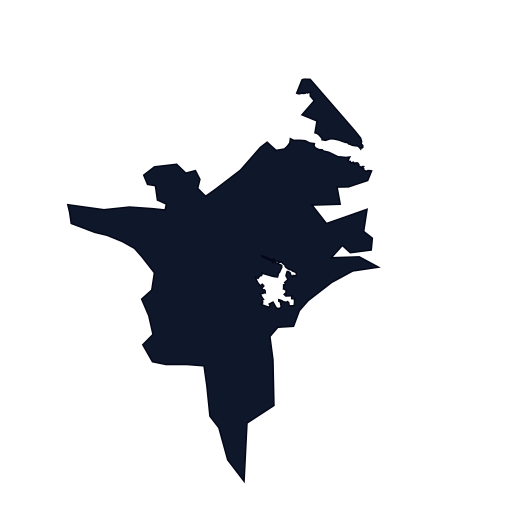 Urtachirchik, Tashkent, Uzbekistan, rotated 49°
{"feature_id": "79887680B65075786438492", "entity_name": "Urtachirchik", "entity_type": "district", "adm_level": 2, "iso_a3": "UZB", "parent_name": "Uzbekistan", "parent_adm1": "Tashkent", "projection": "robinson", "projection_center": [69.308, 41.051], "detail": "fine", "context": "isolated", "style": "filled", "palette": "ink", "viewbox_px": 512, "rotation_deg": 49, "n_neighbors": 0, "source": "geoboundaries", "source_scale": "gbopen_adm2", "svg_char_len": 3551}
<svg xmlns="http://www.w3.org/2000/svg" viewBox="0 0 512 512"><g transform="rotate(49 256 256)"><path d="M344.8,170.9L324.4,178.6L306.7,200.3L304.7,183.9L315.4,182.7L327.1,165.1L318.9,156.5L308.1,158.6L293.6,141.5L277.7,181.5L254.4,180.3L272.2,158.5L257.2,149.6L264.5,140.9L272.3,122.2L267.6,112.9L265.8,114.5L264.7,115.9L264.7,117.1L261.8,118.4L260.6,117.3L259.2,118.1L259.1,116.2L258.5,116.6L258.0,118.4L255.1,119.4L254.4,118.3L252.3,118.3L250.8,120.2L251.1,121.1L249.0,121.0L248.1,123.4L246.4,122.8L245.7,123.7L244.4,124.1L242.8,120.2L240.7,123.4L236.2,127.6L234.9,129.0L228.2,131.8L225.3,133.1L221.6,135.8L220.8,136.3L219.3,136.3L217.0,138.7L213.2,140.3L210.8,139.9L209.5,138.2L205.8,141.4L201.3,143.2L198.0,146.4L194.9,149.9L193.7,151.5L190.0,153.1L192.8,156.2L193.7,160.1L193.9,164.3L189.5,171.5L182.2,172.4L177.4,172.9L176.9,181.5L181.0,211.4L179.1,242.1L177.9,254.7L174.5,255.1L166.7,255.6L161.3,248.0L151.8,245.7L147.4,254.6L134.7,255.7L122.1,274.1L121.3,287.7L130.8,290.9L136.9,285.8L149.1,293.7L158.0,289.6L161.6,294.4L152.4,303.0L136.0,319.4L121.3,340.4L93.8,364.4L100.9,368.1L110.2,374.1L132.5,362.1L142.7,354.8L157.4,347.4L170.5,342.7L181.4,342.6L202.0,343.7L213.3,357.0L213.5,370.6L230.7,376.1L247.6,385.2L248.7,399.7L267.9,403.5L279.0,395.0L292.5,379.4L304.8,367.3L321.6,378.2L346.7,395.9L361.2,396.7L391.3,411.1L418.2,412.8L376.2,372.4L380.6,340.5L345.5,311.3L325.9,298.3L324.1,286.3L333.7,273.8L325.7,259.1L323.9,245.9L325.6,216.2L330.8,192.8L344.8,170.9ZM295.0,240.8L295.6,242.0L294.2,242.5L291.0,241.3L288.9,241.8L288.1,242.6L289.6,245.0L290.6,246.4L292.1,246.7L294.7,247.3L294.8,250.2L294.8,251.7L295.6,251.7L296.8,253.5L295.9,254.1L298.7,256.6L298.9,256.9L301.5,255.6L301.9,256.1L303.4,257.4L303.4,259.9L305.7,259.8L309.5,255.1L311.6,257.1L313.8,254.9L315.0,256.5L315.7,256.8L318.5,259.9L315.7,263.3L314.6,263.2L312.6,261.8L311.0,262.2L311.0,263.3L310.7,263.5L310.3,263.9L308.2,265.6L307.4,265.5L305.6,266.4L303.9,267.5L305.2,268.5L306.5,267.7L311.1,270.5L310.9,273.6L309.7,273.7L309.3,274.9L304.0,273.8L301.9,273.4L300.9,277.6L303.2,278.1L303.1,278.4L302.9,279.9L299.1,282.2L297.5,283.0L296.0,283.8L295.9,283.5L295.9,282.7L295.5,283.0L295.2,281.0L293.2,280.6L293.7,278.8L291.6,278.7L290.1,278.4L287.3,277.4L288.8,275.3L288.4,275.0L290.0,273.2L288.6,272.2L288.2,271.9L286.9,271.9L286.3,272.8L284.3,273.0L283.7,269.7L281.4,269.8L281.3,272.4L277.7,272.2L275.8,271.8L273.4,271.2L272.1,270.6L272.0,270.3L274.2,269.2L273.5,266.1L274.3,264.9L274.0,263.8L272.7,262.8L274.6,261.7L279.8,258.3L281.8,257.1L282.2,256.7L282.9,256.3L286.0,253.5L283.5,249.8L283.8,249.1L281.3,243.7L279.9,242.8L272.2,246.2L272.0,247.9L271.1,246.8L260.9,251.7L259.9,251.4L262.2,249.9L270.1,246.3L269.6,245.3L269.9,244.4L270.9,245.2L272.8,244.4L274.5,242.5L275.5,243.4L277.2,240.8L280.5,240.4L282.0,240.1L283.3,240.9L285.9,240.5L288.2,239.7L288.2,239.1L291.6,238.2L294.3,236.7L295.5,236.9L297.4,238.8L295.0,240.8ZM226.6,99.3L158.2,99.2L154.1,103.7L153.2,105.6L159.8,118.5L162.0,117.1L162.6,115.7L163.4,114.5L164.5,113.5L165.4,112.2L165.4,110.9L166.7,110.3L167.2,108.9L168.1,107.7L170.9,110.1L177.0,110.2L179.6,128.7L194.1,121.4L201.7,130.7L203.5,129.5L205.9,129.0L208.7,129.0L211.0,129.1L211.6,129.9L214.4,127.6L215.4,125.1L216.4,122.9L218.8,120.4L222.7,117.5L227.5,114.8L229.5,113.6L229.3,112.7L230.6,112.6L232.4,112.5L233.9,111.4L235.5,110.8L238.2,108.5L240.0,106.9L241.8,106.7L244.0,106.8L243.3,105.6L244.1,104.8L244.1,104.1L242.9,103.2L242.7,102.9L240.4,103.1L238.9,101.2L235.7,99.7L226.6,99.3Z" fill="#0f172a" stroke="#020617" stroke-width="1.5"/></g></svg>